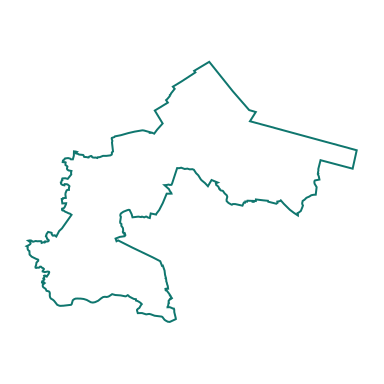 Binh Chanh, Hồ Chí Minh city, Vietnam, rotated 93°
{"feature_id": "81297802B93683261125538", "entity_name": "Binh Chanh", "entity_type": "district", "adm_level": 2, "iso_a3": "VNM", "parent_name": "Vietnam", "parent_adm1": "Hồ Chí Minh city", "projection": "natural_earth1", "projection_center": [106.606, 10.749], "detail": "fine", "context": "isolated", "style": "outline", "palette": "teal", "viewbox_px": 384, "rotation_deg": 93, "n_neighbors": 0, "source": "geoboundaries", "source_scale": "gbopen_adm2", "svg_char_len": 6108}
<svg xmlns="http://www.w3.org/2000/svg" viewBox="0 0 384 384"><g transform="rotate(93 192 192)"><path d="M164.6,317.5L165.1,320.4L165.4,320.9L166.2,321.1L167.3,322.5L168.9,322.7L169.0,322.2L168.8,320.5L169.1,319.7L170.3,319.9L171.6,319.8L172.9,317.9L173.2,317.7L174.9,318.1L176.0,317.8L176.9,316.5L177.3,313.5L179.2,313.8L180.8,313.5L185.4,316.8L184.9,319.2L185.2,322.1L185.9,322.4L187.0,322.1L187.3,322.7L189.0,323.0L189.3,323.5L190.2,323.3L191.0,322.9L191.7,321.7L192.0,319.8L190.8,319.6L190.8,317.5L191.0,316.6L192.4,314.8L192.8,314.7L194.2,315.1L196.3,315.0L196.4,316.5L197.0,317.3L199.6,318.2L201.1,318.3L204.5,317.7L204.9,320.5L205.6,320.6L205.8,321.7L210.2,320.9L209.8,317.1L210.8,317.2L214.0,318.5L215.0,319.4L215.4,320.9L215.8,321.4L215.7,321.0L216.8,320.8L217.2,320.4L217.3,319.1L218.3,317.7L219.0,315.7L219.7,314.2L220.0,312.8L221.1,311.1L235.2,320.0L237.9,322.6L243.6,325.2L243.0,326.3L242.4,326.7L242.4,327.3L242.9,328.4L242.8,328.9L241.4,329.9L240.2,330.0L240.0,330.4L239.4,333.6L241.5,335.0L242.6,335.1L242.8,335.4L244.0,335.6L244.8,334.7L246.3,334.3L247.4,332.7L248.0,332.5L248.6,332.8L248.9,333.4L249.1,334.5L249.0,335.9L249.6,335.9L250.1,336.4L249.7,336.9L250.7,339.5L249.1,339.9L249.0,340.1L249.3,344.1L249.1,345.4L250.0,348.2L248.9,350.0L248.8,351.4L249.2,353.0L250.7,350.7L251.8,350.5L252.6,350.9L253.5,352.0L254.8,354.3L255.3,353.3L255.7,353.1L256.4,353.3L257.3,353.2L258.3,352.8L259.1,352.0L259.5,351.3L263.0,350.9L265.0,348.7L267.2,343.6L267.4,342.5L267.8,342.0L268.8,342.0L270.6,343.6L273.3,343.9L274.7,344.4L275.7,344.3L276.0,343.7L275.6,342.4L275.6,341.0L275.5,340.7L274.5,339.8L274.5,338.9L275.5,337.8L275.8,336.8L276.5,335.9L276.9,335.9L278.9,337.1L279.2,337.0L279.7,334.9L279.0,332.1L279.1,330.8L279.3,330.5L279.7,330.4L281.1,330.8L284.1,332.6L283.8,333.3L283.3,333.7L283.1,334.6L283.4,335.3L284.2,334.9L284.8,335.2L285.3,335.1L285.5,335.2L285.8,335.8L286.3,336.0L286.7,335.6L286.8,335.0L287.1,334.9L287.9,335.7L288.6,335.8L288.9,336.6L289.1,336.5L289.7,335.6L289.9,335.8L290.0,337.1L290.3,337.1L290.7,336.4L290.5,334.8L290.7,334.4L292.3,336.1L293.0,336.2L294.2,336.0L294.9,335.5L296.4,333.1L298.3,332.1L298.7,329.9L299.2,329.2L300.4,328.7L303.1,328.6L304.3,328.3L305.1,327.9L305.9,327.2L306.8,325.4L307.9,324.0L311.7,320.7L312.4,318.8L312.6,317.8L312.3,314.6L311.0,306.9L310.3,306.3L306.4,305.4L305.3,304.2L304.6,302.8L304.4,301.1L304.3,297.6L304.5,294.6L305.3,291.5L307.4,287.2L307.6,285.2L307.1,283.1L305.5,280.0L302.9,277.1L301.6,275.3L301.2,273.6L301.3,271.8L301.0,270.5L300.4,269.3L298.2,266.4L298.9,263.2L299.0,257.8L299.7,253.1L299.5,252.3L298.4,250.8L298.7,250.1L299.7,249.2L301.8,244.6L302.0,242.4L303.3,242.3L303.7,240.7L304.6,238.9L305.4,237.6L306.6,236.3L307.7,237.1L310.5,238.5L311.6,240.0L312.5,240.7L313.2,240.7L315.8,239.8L315.5,235.6L316.6,231.4L316.0,228.4L316.3,226.7L317.5,222.9L318.0,215.8L318.4,215.0L321.0,212.8L321.7,211.7L322.8,209.4L322.9,207.4L319.8,201.5L318.9,201.6L312.9,203.4L310.5,203.6L309.4,204.0L309.3,205.4L308.9,206.0L308.2,208.2L308.4,210.4L307.8,210.4L307.0,209.9L303.8,209.6L303.8,209.3L302.1,209.7L299.8,208.3L299.4,207.8L299.9,207.5L299.1,206.5L296.7,208.4L296.6,208.2L294.8,209.5L291.6,212.2L291.7,212.8L291.2,213.3L290.8,213.2L290.1,213.4L289.9,212.7L289.8,210.8L287.1,211.3L285.5,212.0L283.6,212.5L282.7,213.0L282.1,213.0L279.4,213.5L279.4,213.8L278.9,213.7L276.0,214.6L271.9,215.3L267.0,217.3L267.3,218.1L262.8,220.1L259.4,227.6L250.7,248.5L244.2,263.3L245.1,264.8L242.5,265.9L240.6,261.7L239.7,257.0L238.7,256.4L238.4,257.1L238.1,257.2L238.0,256.8L237.6,256.7L237.0,256.8L236.3,257.2L236.4,258.5L235.8,258.9L235.2,259.0L234.2,258.7L232.1,259.0L231.3,259.3L229.5,260.8L227.7,260.8L226.7,262.0L225.6,262.2L220.5,261.7L219.6,262.3L218.8,262.4L217.8,262.2L217.0,261.7L215.3,259.5L213.6,255.8L213.1,254.3L213.2,253.4L216.1,251.8L217.4,251.1L220.4,250.1L219.4,244.3L219.7,241.5L219.2,240.7L219.8,238.4L218.9,236.6L219.0,236.0L219.7,234.9L220.2,232.8L215.6,232.1L216.4,226.7L215.5,226.4L211.7,223.8L204.6,220.6L195.0,217.2L194.7,212.4L194.1,212.6L191.7,214.5L190.5,215.0L186.6,219.8L186.4,218.0L185.8,215.7L186.1,214.5L185.9,212.9L184.5,212.3L168.9,208.1L168.9,206.1L168.3,204.1L169.4,200.5L168.9,197.8L169.5,195.5L169.2,192.8L169.7,191.3L173.0,188.9L175.0,186.6L178.9,183.9L179.8,183.0L182.4,179.5L185.4,176.4L179.0,173.1L181.2,166.8L182.1,168.6L183.8,168.1L184.5,166.9L185.4,165.9L186.8,165.2L187.2,164.7L187.5,164.9L188.6,163.8L188.9,163.3L189.2,161.4L189.5,161.0L191.6,159.4L193.5,157.1L195.0,156.5L197.9,157.1L199.3,156.9L201.0,155.0L202.4,152.2L202.6,151.5L201.9,150.5L201.8,148.2L203.0,140.9L199.9,139.7L199.9,138.5L198.7,138.3L198.8,136.5L197.8,136.2L197.7,131.0L198.6,131.0L198.6,129.8L197.7,129.7L197.7,127.8L196.1,127.8L196.6,120.3L196.8,115.7L197.7,115.4L199.3,107.2L198.3,106.0L197.1,106.3L196.5,103.7L195.7,102.9L199.0,99.7L204.6,93.4L207.7,88.8L209.9,85.0L209.1,85.0L207.6,85.5L206.9,84.3L205.2,82.3L201.1,80.9L199.6,80.5L198.7,81.1L197.4,81.4L195.1,81.0L193.8,79.2L191.8,77.4L190.4,74.6L189.0,72.7L188.4,70.4L188.2,68.3L180.6,67.8L177.3,70.0L176.0,70.3L174.8,70.3L174.0,69.8L172.9,65.4L169.7,66.2L167.5,67.3L167.0,66.8L166.1,67.2L163.6,66.9L162.6,67.1L153.5,65.3L160.3,32.8L141.7,29.7L118.3,137.8L108.8,132.5L107.2,139.2L89.3,156.5L61.1,181.6L70.9,196.2L72.4,194.9L82.2,208.3L87.8,216.6L89.9,214.7L94.8,218.2L95.9,218.5L96.3,219.2L97.4,219.2L100.4,221.5L101.6,222.7L104.0,220.8L112.6,233.4L125.1,224.9L131.6,230.1L135.7,232.8L134.8,235.2L135.1,235.9L135.1,236.8L134.6,236.5L133.1,243.2L133.0,244.8L134.7,252.4L136.5,258.7L139.0,266.0L140.5,271.9L141.2,272.4L142.2,274.9L142.5,275.0L143.6,274.8L145.1,274.2L146.8,274.5L155.7,273.0L156.2,273.7L156.8,274.1L158.3,274.0L158.9,274.2L159.7,275.4L160.4,279.4L160.6,282.8L162.0,285.9L162.3,288.0L163.0,288.3L162.9,289.0L162.6,289.8L162.8,291.3L162.7,292.9L162.3,293.6L161.4,294.2L161.3,294.7L162.2,296.7L162.9,297.0L163.0,297.6L162.7,298.6L162.6,301.5L160.9,302.4L160.7,302.8L160.5,306.7L159.9,307.9L159.5,309.9L158.9,309.9L158.0,309.0L157.7,310.2L157.6,312.0L162.0,311.9L165.6,312.7L165.7,314.7L165.0,315.5L164.6,317.5Z" fill="none" stroke="#0f766e" stroke-width="2"/></g></svg>